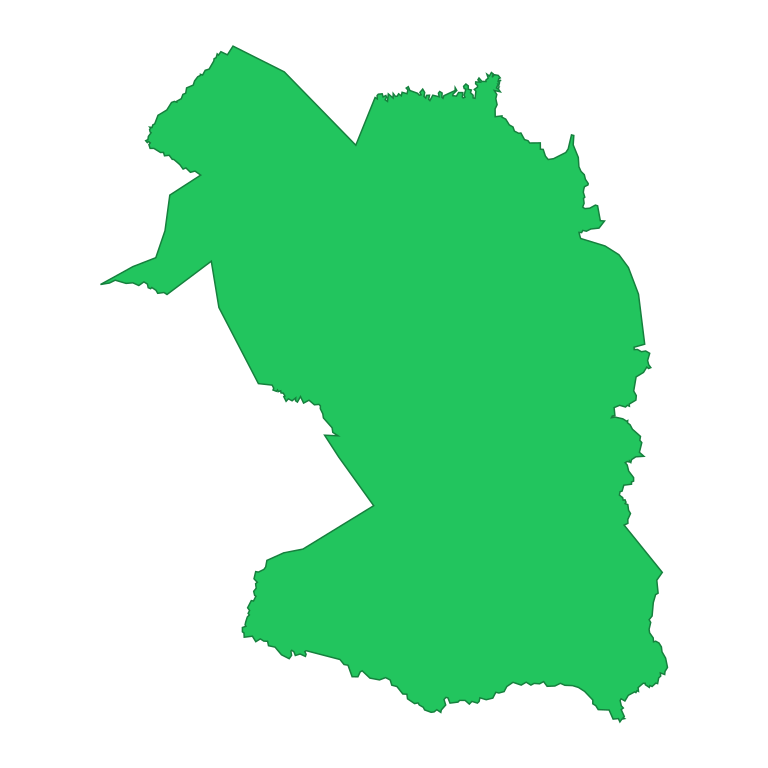 Guachochi, Chihuahua, Mexico (Mercator projection)
{"feature_id": "50627088B93853407634097", "entity_name": "Guachochi", "entity_type": "district", "adm_level": 2, "iso_a3": "MEX", "parent_name": "Mexico", "parent_adm1": "Chihuahua", "projection": "mercator", "projection_center": [-107.196, 27.145], "detail": "fine", "context": "isolated", "style": "filled", "palette": "green", "viewbox_px": 768, "rotation_deg": 0, "n_neighbors": 0, "source": "geoboundaries", "source_scale": "gbopen_adm2", "svg_char_len": 6009}
<svg xmlns="http://www.w3.org/2000/svg" viewBox="0 0 768 768"><path d="M218.9,307.5L258.4,383.6L272.1,385.1L273.7,388.1L273.0,390.0L276.4,391.3L277.5,390.0L278.1,391.7L280.7,390.8L281.0,392.9L283.4,393.2L284.9,396.1L283.8,396.7L286.1,401.3L288.4,398.8L292.1,400.8L295.7,397.9L295.5,400.7L297.4,402.1L300.5,396.6L303.6,403.1L309.0,400.2L314.4,404.8L318.9,404.4L320.4,405.8L320.3,408.7L322.8,413.8L323.4,417.9L332.1,427.8L332.8,432.4L338.0,435.8L324.6,435.2L338.7,457.0L373.7,505.7L302.9,549.1L283.8,552.8L266.9,560.4L265.7,566.9L263.9,569.4L258.4,572.1L255.7,571.6L254.0,578.8L257.3,582.3L255.6,583.7L256.2,588.2L253.7,591.3L254.6,595.3L255.9,596.2L253.5,601.0L251.3,600.6L247.6,607.8L249.6,610.5L248.1,613.4L249.4,614.9L247.3,617.0L245.7,622.0L245.1,624.8L245.9,626.3L242.4,627.5L242.4,631.8L244.0,633.0L244.2,637.2L252.4,636.2L255.8,641.7L260.3,638.9L263.8,641.1L267.6,641.3L268.5,645.7L275.0,647.1L281.5,654.8L289.2,658.7L291.6,655.3L290.9,651.2L291.8,650.3L294.0,651.9L295.3,655.5L300.1,654.0L305.4,656.4L306.1,654.2L304.8,651.6L306.2,650.7L340.0,659.5L344.0,664.5L348.0,665.2L352.1,676.7L357.9,676.8L360.2,671.9L362.2,670.8L369.9,678.1L379.5,679.9L385.6,677.6L390.2,680.0L391.8,685.2L396.9,686.5L402.8,694.0L406.9,694.2L407.5,698.8L414.6,703.6L418.0,702.9L419.3,705.0L423.3,707.3L424.6,709.9L431.1,712.3L434.1,711.9L436.8,709.7L440.8,712.4L441.3,710.0L445.7,705.0L444.0,699.5L445.9,697.4L447.9,697.8L450.0,703.1L458.0,702.1L459.6,700.4L465.1,700.4L469.3,704.1L471.9,701.4L477.4,703.1L479.1,701.5L479.9,697.8L486.2,699.7L492.8,698.1L495.8,692.3L498.9,693.0L504.1,691.6L506.8,686.5L513.0,682.3L521.2,685.1L526.2,682.2L530.9,685.1L534.1,683.4L539.6,683.8L543.6,681.6L547.1,686.3L554.9,686.0L560.4,683.3L564.9,685.3L572.5,685.6L578.4,687.4L584.6,691.4L592.8,700.0L592.8,703.8L595.8,705.7L598.2,709.6L609.1,710.0L613.1,719.1L618.4,718.6L619.9,721.9L621.8,719.2L624.5,718.6L623.2,717.8L624.3,716.5L621.2,709.6L623.3,708.0L621.3,705.8L620.1,700.5L621.1,698.8L624.9,701.0L628.3,695.3L634.6,691.9L635.9,692.6L637.0,690.7L638.5,691.4L638.1,687.6L643.1,683.3L645.2,683.3L645.3,684.7L649.3,687.4L649.9,685.5L652.1,686.5L655.8,683.1L657.6,683.6L658.7,677.9L660.7,676.1L660.3,672.9L664.7,674.5L665.0,671.5L667.5,667.4L665.6,658.1L662.0,651.8L661.4,646.9L659.0,643.0L655.7,641.2L653.5,641.8L653.2,637.9L649.6,632.8L649.1,629.2L650.7,622.4L649.1,619.7L652.1,616.0L653.3,602.6L655.6,594.6L658.1,593.2L656.8,580.2L662.3,572.4L624.1,525.1L627.9,523.3L627.8,519.5L630.5,513.5L628.6,510.3L627.8,504.6L625.1,503.6L626.0,502.2L625.0,499.8L623.2,500.2L622.7,497.7L619.4,495.1L620.0,491.8L622.1,491.1L623.8,485.2L631.5,484.2L631.5,482.0L633.6,481.1L633.6,477.6L628.7,471.1L627.2,465.0L625.2,462.7L627.2,461.5L629.2,462.0L629.4,460.9L630.8,462.5L631.6,459.6L635.8,456.8L643.9,456.3L639.4,452.3L641.8,442.6L639.8,440.3L640.5,436.4L632.4,429.2L630.1,424.8L627.5,422.8L627.7,420.6L626.6,421.2L622.8,418.8L615.1,417.1L611.4,417.7L612.3,416.0L614.9,415.5L614.1,407.6L619.6,405.3L625.5,407.0L627.3,405.3L629.4,406.2L629.2,404.1L635.9,400.1L636.3,395.6L633.7,391.0L636.1,376.9L643.5,372.4L646.8,367.1L648.5,368.5L650.8,367.6L648.7,364.7L647.6,360.5L649.7,353.3L645.7,351.0L641.4,351.7L637.5,349.5L634.2,349.6L634.1,347.2L644.7,344.2L638.5,294.2L628.4,267.5L619.0,254.8L605.1,246.0L580.7,238.5L579.9,236.1L579.0,232.4L581.6,232.6L582.8,230.4L586.4,231.2L590.8,229.0L599.0,228.1L604.5,221.0L600.3,220.7L597.6,205.8L595.4,205.1L589.7,208.2L584.8,208.6L582.7,207.1L584.1,203.3L583.5,198.4L584.8,197.2L583.3,192.3L583.8,189.0L584.5,186.7L588.0,184.9L588.2,183.5L585.4,179.3L584.3,174.7L581.0,171.4L578.9,166.7L578.3,157.4L573.2,144.9L573.8,135.5L571.5,134.9L568.2,148.9L565.8,152.5L553.5,158.7L548.2,159.5L545.4,156.1L543.2,149.4L540.4,149.2L540.3,142.9L529.7,143.0L528.0,140.7L524.5,139.6L520.9,133.0L518.7,133.3L514.4,131.1L513.0,127.0L509.3,124.9L505.7,119.1L502.0,117.2L502.0,115.9L495.2,116.7L495.1,108.9L497.1,104.7L495.8,98.7L496.8,94.5L494.3,90.5L500.3,91.8L498.2,88.8L499.3,87.2L497.6,88.6L496.5,87.9L497.3,86.0L499.0,86.0L497.8,84.1L499.2,84.1L499.5,82.7L498.3,81.9L501.1,80.3L498.3,80.6L498.7,78.6L500.2,77.9L498.2,75.4L494.3,74.7L492.2,77.3L493.2,73.9L491.4,72.5L489.4,76.0L486.9,74.2L488.2,78.1L485.9,80.1L486.0,81.5L481.9,81.4L479.0,78.0L477.9,79.8L480.2,82.2L475.7,81.9L475.6,83.8L477.5,85.5L477.5,87.2L474.3,89.4L475.9,91.3L475.0,98.3L473.1,97.9L473.1,95.2L470.5,92.7L471.3,90.0L468.2,89.2L468.3,85.9L465.9,84.0L463.6,86.3L464.2,88.6L465.9,89.2L464.1,95.1L465.0,97.2L463.2,98.0L462.3,97.0L462.8,92.6L458.6,92.5L456.4,96.1L452.8,95.7L453.0,94.1L456.8,90.5L455.2,87.7L455.1,90.5L443.9,95.7L443.0,98.3L441.9,97.3L442.1,93.0L439.7,91.5L438.4,93.2L439.2,96.8L432.8,95.2L429.9,100.6L428.7,99.4L429.5,95.2L426.5,95.4L425.7,98.0L424.0,96.5L424.7,92.5L422.7,89.1L419.9,92.4L421.1,94.8L419.3,95.2L417.6,93.3L409.9,90.5L408.3,86.7L406.2,88.1L407.9,90.0L407.0,93.7L402.1,92.3L401.3,95.8L398.6,93.8L397.2,96.2L395.4,96.4L393.2,93.5L393.1,98.0L388.3,93.9L387.5,101.4L385.2,99.8L386.5,97.2L385.9,95.5L383.1,96.9L382.2,93.8L378.3,94.2L377.1,95.5L377.3,98.9L375.1,97.5L355.8,145.2L284.3,71.9L233.0,46.1L227.4,54.8L220.9,51.7L218.5,55.1L217.2,53.9L216.1,57.7L214.1,58.7L213.8,61.0L209.1,69.1L205.2,70.3L202.6,75.0L200.4,74.3L200.4,75.4L197.7,76.8L194.6,80.9L193.2,85.1L186.6,87.9L185.7,93.2L182.9,94.4L181.3,98.7L176.8,101.2L176.8,102.2L174.4,101.4L171.5,102.5L166.8,110.0L158.0,115.3L154.7,123.9L152.8,124.9L152.1,127.4L149.8,127.2L150.7,128.2L149.6,129.4L150.1,131.9L151.1,132.7L148.4,136.4L147.9,139.6L145.7,140.7L147.3,142.6L148.6,141.6L150.3,142.9L148.9,144.6L150.1,148.4L153.9,148.4L160.5,152.5L163.5,152.4L164.5,155.8L169.2,155.3L172.2,159.3L173.9,159.5L179.9,164.7L183.1,169.1L185.9,167.9L190.4,172.3L195.0,171.1L200.7,175.1L169.8,195.1L165.0,230.7L155.8,257.7L132.9,266.6L100.5,284.5L109.5,283.0L115.2,280.2L126.1,283.4L132.8,282.8L138.8,285.5L143.9,281.9L147.4,284.1L148.2,287.7L150.6,288.7L151.8,287.5L156.0,290.3L157.7,293.3L164.0,292.5L167.0,294.5L211.3,261.2L218.9,307.5Z" fill="#22c55e" stroke="#15803d" stroke-width="1.5"/></svg>